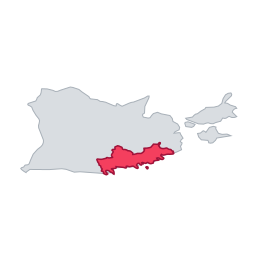 where Harju sits in Estonia, rotated 176°
{"feature_id": "EST-1654", "entity_name": "Harju", "entity_type": "County", "adm_level": 1, "iso_a3": "EST", "parent_name": "Estonia", "parent_adm1": "", "projection": "equal_earth", "projection_center": [24.879, 59.328], "detail": "fine", "context": "in_parent", "style": "filled", "palette": "rose", "viewbox_px": 256, "rotation_deg": 176, "n_neighbors": 0, "source": "natural_earth", "source_scale": "10m", "svg_char_len": 5658}
<svg xmlns="http://www.w3.org/2000/svg" viewBox="0 0 256 256"><g transform="rotate(176 128 128)"><path d="M211.6,173.0L210.7,173.1L205.8,172.6L200.3,170.8L197.9,169.5L195.6,169.5L192.8,170.4L182.7,172.9L180.2,172.3L174.3,169.9L171.4,167.2L164.8,162.0L164.3,160.7L163.4,159.7L156.5,158.4L153.9,156.5L151.7,156.2L148.6,155.3L140.5,151.2L138.4,150.8L138.0,151.5L138.1,152.4L137.6,153.0L136.6,153.0L134.7,151.5L132.4,150.1L125.4,152.6L122.9,153.3L120.6,153.5L109.5,156.8L106.1,158.5L104.7,158.4L105.0,156.7L109.7,148.3L110.5,141.7L112.2,140.8L112.7,139.9L112.0,137.8L107.2,136.5L105.3,136.7L103.5,138.9L101.7,140.6L97.5,141.6L93.8,139.8L85.3,137.5L83.2,134.5L82.7,131.4L78.2,128.5L76.4,125.0L77.2,122.6L81.3,121.0L82.5,119.6L77.3,119.8L76.3,119.5L76.1,118.3L73.8,114.0L75.9,112.4L76.8,110.7L75.1,109.4L75.6,107.8L76.9,106.2L76.1,102.6L81.2,100.6L86.2,99.3L96.6,98.6L95.6,95.2L99.9,95.1L107.0,91.1L114.0,91.8L124.2,89.0L143.8,89.1L146.5,87.5L146.0,85.9L146.1,84.2L149.8,84.7L155.9,84.4L179.0,87.7L184.7,87.7L192.6,91.1L196.9,92.0L209.4,92.0L228.8,93.5L232.5,91.2L232.8,90.6L234.7,91.9L237.1,94.0L237.8,95.1L237.0,95.8L234.7,96.4L234.2,97.1L233.2,98.2L230.5,98.3L229.1,99.2L227.5,102.7L224.4,108.5L219.8,113.0L216.1,115.5L214.4,117.3L213.4,119.6L213.2,121.9L217.1,134.4L217.1,136.7L216.3,139.0L215.7,141.4L216.3,143.4L218.8,147.0L221.5,152.2L222.6,155.6L224.3,156.9L226.0,157.8L226.3,158.3L226.3,158.9L225.4,159.6L218.1,161.4L217.1,162.9L216.4,164.6L213.2,167.1L212.2,169.4L211.7,172.0L211.6,173.0ZM45.2,126.6L47.7,127.6L50.0,127.3L52.3,126.6L57.3,127.2L68.8,132.4L69.8,133.7L62.9,134.4L61.3,136.0L59.7,137.1L57.7,137.4L54.4,139.6L49.8,141.8L48.9,143.1L40.8,142.8L36.3,143.6L32.7,146.0L31.1,150.6L28.4,154.3L25.7,155.6L22.9,155.8L22.2,154.4L22.5,153.0L28.5,147.9L29.8,146.3L26.9,145.6L24.5,143.8L19.2,141.7L18.2,140.0L19.5,139.9L20.7,139.4L22.2,138.1L22.9,136.5L18.7,131.8L20.9,131.1L23.6,131.2L26.4,132.6L29.4,131.0L30.7,130.8L32.9,131.3L35.1,128.3L40.2,127.3L42.8,126.3L45.2,126.6ZM56.1,117.9L53.2,120.0L51.5,119.2L50.6,118.2L46.8,122.9L42.7,123.7L40.2,122.8L40.5,121.0L38.2,116.4L34.6,115.1L29.6,115.0L25.9,113.1L40.1,111.8L41.6,109.6L44.5,107.3L46.7,107.1L48.5,107.6L48.8,109.4L49.3,110.1L55.7,111.1L58.1,114.1L59.0,117.7L56.1,117.9ZM70.6,129.6L67.7,130.0L60.8,127.0L62.4,125.0L64.4,124.2L70.2,125.4L71.0,128.5L70.6,129.6Z" fill="#d9dde1" stroke="#a8b0b8" stroke-width="1"/><path d="M83.9,101.1L84.4,101.1L84.8,100.7L84.8,100.3L84.6,99.9L84.1,99.7L84.5,99.1L85.3,98.9L88.4,98.9L89.9,99.1L91.5,99.0L93.3,98.6L95.1,98.5L96.5,99.4L97.2,98.5L96.9,97.7L94.7,95.8L94.4,95.4L94.5,95.0L95.0,94.6L95.4,94.3L96.0,94.2L96.6,94.3L97.5,94.7L99.5,96.0L100.5,96.2L101.5,95.9L101.2,95.2L100.3,94.5L99.4,94.0L100.1,93.7L103.2,93.6L104.4,93.3L104.8,92.8L105.2,91.4L105.4,91.2L107.6,90.8L108.4,90.9L109.1,91.2L110.4,92.1L111.1,92.3L111.7,92.1L112.2,91.7L112.8,91.5L113.4,91.6L115.4,92.5L116.1,92.6L116.7,92.4L116.5,92.0L116.0,91.6L115.3,91.5L115.3,91.2L116.3,91.2L116.6,91.1L116.8,90.7L116.9,90.3L117.2,90.1L117.6,90.1L118.0,90.3L118.6,90.9L119.0,91.7L119.6,92.1L120.6,92.0L121.0,91.8L121.2,91.6L122.0,90.6L122.1,90.4L121.8,89.7L121.5,89.5L121.2,89.3L121.0,89.1L120.8,88.7L120.8,88.4L120.8,88.1L120.7,87.8L120.6,87.5L121.6,87.0L123.0,87.7L125.3,89.5L126.2,89.6L128.9,89.2L129.7,89.3L131.1,89.9L131.8,90.0L132.5,89.8L132.2,88.7L132.7,88.3L133.5,88.3L135.2,89.0L142.6,90.3L142.4,89.4L142.9,88.8L143.7,88.6L146.9,88.6L147.3,88.5L147.3,88.2L147.0,87.9L146.7,87.8L145.7,87.0L145.1,85.4L145.0,83.7L145.2,82.9L145.8,83.2L147.0,84.6L147.6,84.9L148.3,85.1L148.9,85.6L150.0,86.6L150.8,87.0L151.9,87.2L152.9,87.1L153.3,86.3L153.0,85.6L152.5,85.2L152.1,84.6L152.3,83.8L152.1,83.7L151.8,83.6L151.6,83.5L152.5,82.9L153.5,83.1L155.5,84.3L155.2,84.7L155.6,85.2L155.9,86.2L156.4,86.6L157.0,86.8L157.4,86.8L157.5,86.9L157.4,87.9L157.3,88.1L156.7,88.6L156.6,88.8L156.7,89.1L157.0,89.5L157.6,90.1L157.9,91.8L157.9,92.0L158.2,92.3L159.3,92.8L159.4,93.0L159.5,93.3L159.4,93.6L159.5,94.1L159.6,94.5L159.7,94.9L159.9,95.2L160.3,95.7L160.5,96.2L161.2,98.2L161.3,98.5L161.2,98.9L160.6,99.2L157.9,98.7L156.2,98.6L151.6,99.4L151.5,99.9L151.3,99.9L151.0,100.0L150.4,99.9L149.1,99.4L146.6,99.6L145.5,99.7L145.4,99.9L145.5,100.2L145.8,100.5L146.2,101.1L146.4,101.9L146.3,102.4L146.0,103.0L145.4,103.7L144.4,105.2L144.9,106.3L145.1,106.5L145.5,106.7L145.5,107.1L145.3,107.3L145.0,107.6L144.7,107.7L144.1,107.7L143.6,107.6L142.8,107.6L142.4,107.8L142.3,108.2L142.5,109.0L142.3,110.0L139.6,111.0L138.2,110.6L137.1,110.0L136.0,109.5L135.5,109.2L135.3,108.9L135.2,108.6L135.2,108.3L135.1,108.1L135.0,107.8L134.9,107.3L134.3,107.0L133.9,106.8L133.6,106.8L133.4,106.8L132.6,106.8L130.6,106.1L130.1,105.5L127.8,105.0L127.0,104.6L126.8,104.4L126.4,104.1L125.8,103.4L125.2,103.0L125.0,102.7L124.9,102.3L125.1,101.3L123.8,101.3L121.4,101.7L121.0,101.8L120.7,102.0L116.8,101.7L115.6,102.2L115.1,102.6L114.5,102.9L114.2,103.2L113.6,103.8L113.5,104.6L113.0,105.1L113.1,105.3L113.3,105.5L113.6,105.9L113.6,106.1L113.4,106.7L113.0,106.7L110.5,106.6L108.6,106.8L106.7,107.1L106.4,107.4L104.5,109.2L103.8,110.1L101.4,109.9L100.3,109.7L99.5,109.8L99.0,109.9L98.8,110.1L98.6,110.3L98.6,110.5L98.3,110.9L97.3,111.3L96.9,111.1L96.8,110.9L96.8,110.7L96.9,110.3L97.1,110.0L97.3,109.7L98.7,108.4L98.8,108.3L98.8,108.2L98.7,108.0L98.3,107.7L97.9,107.5L97.8,107.1L97.8,106.8L97.8,106.5L97.7,106.3L96.2,105.4L94.5,105.0L92.6,105.1L91.7,105.3L91.3,105.4L90.5,105.2L89.3,104.3L88.9,104.0L88.1,103.8L87.0,103.6L86.6,103.4L86.0,102.5L85.6,102.1L84.5,101.7L84.0,101.1L83.9,101.1ZM111.7,85.9L112.2,86.5L112.9,87.6L112.6,88.0L111.7,88.1L110.8,87.5L110.7,86.7L111.2,86.0L111.7,85.9Z" fill="#f43f5e" stroke="#9f1239" stroke-width="1.5"/></g></svg>